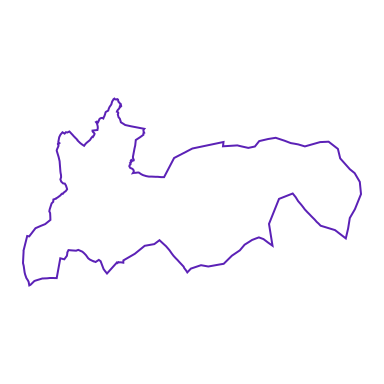 the district of Abakaliki, Ebonyi, Nigeria
{"feature_id": "59680162B3222658090770", "entity_name": "Abakaliki", "entity_type": "district", "adm_level": 2, "iso_a3": "NGA", "parent_name": "Nigeria", "parent_adm1": "Ebonyi", "projection": "robinson", "projection_center": [8.158, 6.263], "detail": "fine", "context": "isolated", "style": "outline", "palette": "violet", "viewbox_px": 384, "rotation_deg": 0, "n_neighbors": 0, "source": "geoboundaries", "source_scale": "gbopen_adm2", "svg_char_len": 4117}
<svg xmlns="http://www.w3.org/2000/svg" viewBox="0 0 384 384"><path d="M23.6,251.4L23.3,257.0L23.0,263.1L23.7,265.9L24.6,272.3L25.1,274.4L26.4,278.1L27.2,279.3L27.9,280.4L28.4,281.4L28.7,282.1L28.9,283.4L29.3,285.4L30.5,284.8L34.4,281.0L35.8,280.5L42.3,278.5L47.2,278.3L49.8,278.0L52.5,278.0L56.7,278.1L60.3,258.3L62.3,258.8L64.3,259.3L66.9,255.8L67.3,253.4L67.3,252.5L68.5,250.1L71.9,250.4L76.1,250.7L77.4,250.2L78.3,249.9L82.4,251.7L84.2,253.3L86.0,255.2L88.2,258.3L89.9,259.6L93.4,261.3L93.5,261.2L95.6,262.0L98.8,259.9L100.6,261.2L103.6,269.1L105.3,271.4L107.0,273.5L116.9,262.5L117.3,263.1L118.0,262.7L118.6,262.1L119.6,262.4L120.9,262.3L123.3,262.7L123.4,260.4L134.8,253.8L144.7,245.8L154.3,244.1L159.5,240.2L161.2,241.8L163.8,244.2L166.0,246.2L168.0,248.5L169.6,250.4L171.6,253.3L173.5,255.8L175.7,258.2L177.5,260.0L179.1,261.8L182.1,265.0L183.6,266.6L184.2,268.0L186.1,270.5L187.3,272.4L190.9,268.6L201.0,265.2L208.3,266.5L219.5,264.5L223.7,263.8L231.9,255.7L239.9,250.3L240.3,249.8L244.6,244.7L249.7,241.5L252.0,240.0L256.1,238.4L258.9,237.4L263.5,239.1L268.1,242.6L272.5,245.7L269.0,223.9L279.0,198.9L292.7,193.5L295.7,197.2L298.1,201.1L301.3,204.8L303.7,207.9L304.7,209.3L307.3,212.1L309.4,214.2L311.4,216.3L314.7,219.6L316.7,221.9L318.6,223.6L320.6,225.7L335.0,230.1L345.8,238.4L348.1,228.6L348.2,228.0L349.8,218.0L354.4,210.1L355.0,209.0L361.0,194.1L359.8,181.9L354.7,173.2L354.4,172.9L349.8,169.2L349.2,168.5L340.2,158.4L337.9,148.9L328.6,141.7L320.1,142.1L304.9,146.4L298.2,144.4L294.4,143.7L290.8,143.1L284.5,140.7L275.7,137.8L268.2,139.0L259.2,141.1L254.9,146.5L250.7,147.4L248.3,147.9L241.5,146.4L237.3,145.4L223.0,146.3L223.5,142.0L192.4,148.5L174.1,158.0L164.1,177.1L160.8,177.1L157.8,176.8L155.5,176.8L151.8,176.6L148.9,176.6L146.2,176.1L143.0,175.1L141.2,174.2L138.7,172.5L137.8,172.5L135.7,172.8L133.8,172.9L132.9,173.1L133.5,172.1L133.8,171.1L133.5,170.1L132.5,168.9L130.1,167.8L129.3,166.2L129.6,165.2L130.5,164.4L130.6,163.8L130.1,163.0L131.1,162.2L130.8,161.4L131.0,161.1L130.8,160.6L131.3,160.0L132.3,160.9L133.7,160.4L133.7,159.4L133.1,158.7L132.9,156.9L133.3,154.9L134.5,148.5L135.2,145.5L135.8,140.0L140.1,137.2L143.4,134.8L143.4,133.2L144.2,132.8L143.9,132.2L143.4,130.8L143.6,129.7L144.3,128.8L141.6,128.3L131.1,126.3L125.2,125.0L123.2,123.7L120.9,122.3L120.4,120.5L119.8,118.7L118.5,117.1L118.2,115.8L117.8,114.4L118.3,113.0L118.0,112.4L117.7,112.0L116.9,111.7L117.3,110.7L118.2,109.5L118.8,108.9L119.4,108.1L119.8,106.6L120.1,106.7L120.4,106.9L121.2,106.1L121.1,105.7L120.6,105.7L120.4,105.2L120.6,104.8L120.8,104.4L120.6,103.8L120.1,103.6L119.8,103.5L119.3,102.5L118.4,101.7L118.2,100.7L118.1,99.9L118.0,99.6L117.3,99.1L117.1,99.1L116.8,99.3L116.5,99.5L115.0,99.3L114.4,98.6L113.5,99.2L113.0,100.2L112.2,101.4L111.9,102.4L111.3,104.5L109.6,106.9L108.8,108.6L108.2,110.6L107.2,111.2L106.5,111.5L105.7,112.1L105.5,112.5L105.1,114.1L104.8,114.9L104.3,116.3L103.8,117.2L103.3,118.5L102.8,118.2L102.2,117.9L101.3,118.0L100.4,118.3L99.5,119.0L98.1,122.3L96.9,121.6L96.0,122.1L96.8,123.1L97.3,124.7L97.7,126.3L97.8,128.1L97.4,130.0L97.2,130.0L96.5,130.1L91.6,130.7L92.2,130.7L93.1,132.1L93.9,132.8L94.5,133.6L94.6,133.8L94.2,134.9L92.9,137.0L92.4,136.7L91.2,138.1L90.0,140.0L88.7,141.1L87.2,142.3L86.3,143.1L85.5,143.9L84.1,145.8L82.1,144.5L80.4,143.2L78.6,141.5L77.5,140.4L77.5,140.1L77.2,139.9L76.6,139.0L75.6,138.1L75.1,137.6L74.8,137.2L74.0,136.5L72.8,135.1L69.4,131.5L67.3,132.5L65.9,132.2L64.6,133.6L62.5,132.3L60.5,134.6L59.2,137.2L58.5,141.0L58.3,142.1L58.8,142.6L59.4,143.1L58.8,143.6L58.3,143.5L57.9,143.8L57.9,144.1L58.0,144.6L58.5,145.0L58.4,146.2L56.9,149.6L56.7,150.7L58.6,156.9L59.6,161.2L60.4,171.4L60.6,173.0L61.0,175.0L61.1,177.2L60.4,179.4L61.2,181.6L63.1,183.4L64.8,183.6L65.1,184.1L65.9,185.4L67.0,188.7L67.1,189.3L65.6,191.3L64.9,191.7L64.0,192.4L62.9,193.7L62.7,193.5L62.3,193.5L61.2,194.4L60.4,195.4L57.3,197.7L56.2,198.2L56.1,198.6L55.2,198.9L53.4,199.5L53.2,201.8L51.6,203.4L49.7,209.3L49.3,211.3L50.1,213.0L50.3,216.6L50.4,219.9L45.2,224.1L41.0,225.8L35.5,228.2L29.2,236.4L27.2,236.0L23.5,250.8L23.6,251.4Z" fill="none" stroke="#5b21b6" stroke-width="2"/></svg>